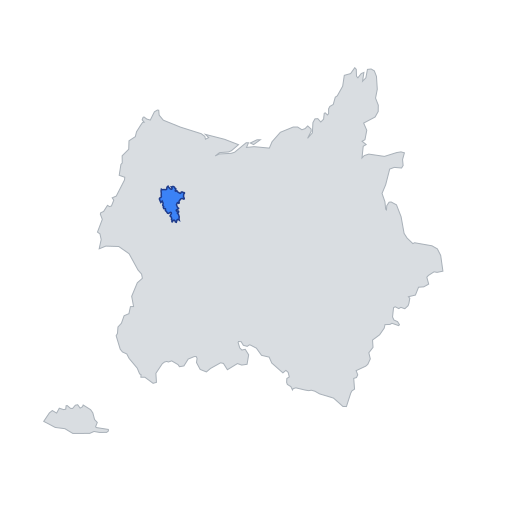 France, with Tarn-et-Garonne highlighted, rotated 98°
{"feature_id": "FRA-5347", "entity_name": "Tarn-et-Garonne", "entity_type": "Metropolitan department", "adm_level": 1, "iso_a3": "FRA", "parent_name": "France", "parent_adm1": "", "projection": "orthographic", "projection_center": [1.243, 44.083], "detail": "fine", "context": "in_parent", "style": "filled", "palette": "blue", "viewbox_px": 512, "rotation_deg": 98, "n_neighbors": 0, "source": "natural_earth", "source_scale": "10m", "svg_char_len": 5979}
<svg xmlns="http://www.w3.org/2000/svg" viewBox="0 0 512 512"><g transform="rotate(98 256 256)"><path d="M383.6,201.2L380.5,203.3L378.8,207.1L376.8,208.1L373.0,208.4L371.1,206.2L366.7,208.0L365.1,210.5L368.0,213.1L359.8,225.5L354.3,228.9L353.6,236.7L347.2,242.8L345.0,249.0L344.9,250.2L346.7,252.1L346.2,256.1L342.9,258.8L343.1,261.4L344.1,261.7L349.3,259.3L351.1,256.9L349.9,253.7L354.9,249.5L364.5,249.8L366.0,255.0L365.1,259.4L372.6,268.5L366.9,273.3L366.7,276.2L373.6,285.3L377.7,289.0L376.1,295.5L369.8,300.1L365.6,300.1L363.9,301.2L364.2,303.2L367.5,308.8L374.9,312.1L376.3,316.4L374.4,318.1L371.6,324.9L373.2,328.1L372.8,329.6L373.7,331.8L375.7,333.8L386.1,338.8L395.0,337.0L396.4,340.2L391.5,349.2L392.1,353.1L389.4,353.4L389.0,354.8L383.6,358.0L375.1,367.4L371.0,370.3L369.6,374.9L367.2,377.5L354.4,383.4L351.9,382.4L345.5,382.8L341.3,379.9L333.5,378.3L330.8,373.8L323.6,373.3L323.1,370.2L313.2,373.5L299.0,369.8L293.9,365.4L289.8,366.8L286.3,370.9L271.4,382.0L265.7,393.2L267.1,406.1L270.7,412.3L261.3,411.6L255.8,413.6L254.4,416.3L241.1,413.3L236.2,416.0L234.8,415.8L233.1,413.1L226.5,410.1L227.5,408.0L226.6,406.1L220.5,404.6L218.4,406.5L216.1,402.7L199.0,396.8L196.3,396.9L195.1,402.7L184.1,402.5L182.5,401.4L175.4,402.5L168.0,396.9L159.6,397.8L154.6,392.1L149.6,391.6L142.7,388.5L139.5,386.9L139.1,385.3L137.0,387.7L134.4,387.1L133.9,386.3L135.6,383.2L136.1,379.6L127.4,376.7L125.2,374.0L125.2,372.6L130.0,371.5L134.4,366.7L138.9,348.7L142.5,327.3L144.7,323.3L147.4,322.3L145.3,319.3L142.6,323.1L144.8,303.4L148.2,288.8L155.2,295.0L156.8,297.7L158.7,306.5L162.6,310.3L160.1,306.7L157.8,294.9L156.2,291.6L145.2,281.5L144.9,279.2L149.8,280.5L148.0,273.1L147.3,257.8L140.6,256.0L130.1,249.1L123.1,237.1L122.5,232.7L124.6,228.1L123.0,225.1L120.0,222.9L122.6,219.1L124.7,218.7L132.3,221.3L126.2,217.3L116.0,218.2L112.0,216.7L111.4,213.9L114.3,210.5L111.1,208.1L105.2,208.3L104.6,207.4L106.4,204.9L105.0,203.9L100.2,204.6L97.6,203.7L95.2,200.6L87.7,199.6L86.1,197.8L75.8,193.8L64.8,193.7L62.2,187.7L55.8,184.4L57.2,182.7L64.0,181.5L65.4,179.9L60.7,177.2L59.2,174.7L68.1,174.8L64.3,172.0L55.7,171.6L54.8,168.0L56.2,164.6L61.4,161.7L74.0,159.1L83.0,159.6L89.6,155.9L95.9,155.1L101.8,157.4L109.4,167.9L116.1,163.8L125.7,164.3L127.6,166.9L130.3,162.4L132.4,165.1L144.2,164.7L141.5,162.8L139.4,158.5L139.5,142.7L134.0,131.1L132.7,126.9L133.2,123.4L140.1,124.3L145.9,122.9L148.6,124.1L149.0,131.4L151.3,135.7L167.3,137.5L176.5,139.9L184.3,135.9L191.6,134.1L192.2,133.2L188.0,133.5L184.2,131.7L183.7,129.7L185.8,124.0L196.9,117.8L213.0,112.5L217.2,108.9L221.9,102.4L220.8,100.8L221.4,83.2L223.7,77.4L229.7,73.2L245.0,68.8L247.0,74.4L246.9,77.5L251.1,82.4L253.2,83.9L259.8,81.1L263.2,85.6L264.3,90.7L272.5,92.7L275.1,99.4L276.5,97.8L281.7,98.0L284.1,98.5L287.5,101.3L286.7,105.4L288.2,107.3L286.9,111.1L288.0,112.6L297.4,112.3L300.2,110.5L301.3,106.7L304.0,104.4L305.1,105.0L303.7,112.0L305.1,113.8L306.0,118.7L309.6,119.0L316.8,122.6L323.0,128.9L330.2,127.4L336.1,130.8L342.0,128.5L347.7,130.2L349.8,132.0L355.6,140.9L359.5,138.7L362.4,139.6L363.6,142.2L374.1,139.9L376.3,142.3L378.6,143.1L392.5,145.5L392.9,149.0L385.9,159.5L383.7,173.8L381.7,178.9L381.2,182.6L382.0,185.0L381.9,188.9L381.0,198.2L382.2,200.8L383.6,201.2ZM452.5,386.2L452.3,392.0L454.8,396.0L457.2,412.7L453.6,421.2L453.7,431.0L449.3,443.2L440.2,438.8L437.4,436.2L439.3,431.6L434.1,429.6L434.9,425.2L434.2,423.1L430.7,423.2L430.4,422.1L432.7,418.5L432.5,416.4L428.9,414.1L428.1,411.9L431.1,409.0L429.4,406.8L427.6,406.4L431.2,398.4L434.0,395.8L440.4,393.1L442.9,390.0L447.4,391.1L448.1,390.3L448.3,378.1L449.8,377.8L451.4,379.3L452.5,386.2ZM146.0,273.9L144.9,277.4L140.8,271.2L140.3,267.9L146.0,273.9Z" fill="#d9dde1" stroke="#a8b0b8" stroke-width="1"/><path d="M233.9,343.8L233.6,344.1L232.5,344.0L231.7,344.8L230.9,344.8L230.4,344.7L229.2,345.5L228.9,345.7L228.5,346.5L228.3,346.7L225.6,345.7L224.8,346.0L224.6,346.7L225.0,347.4L225.6,348.0L226.0,348.5L226.0,349.4L225.5,350.0L224.4,350.9L223.7,352.0L223.4,352.1L222.1,352.1L221.8,352.3L221.7,352.6L221.9,353.5L221.9,353.9L221.6,354.0L221.0,354.5L220.6,354.6L220.4,354.6L220.1,354.4L219.9,354.3L219.6,354.5L219.0,355.3L218.6,355.5L218.3,355.5L217.5,355.3L216.7,355.3L214.6,356.6L215.2,357.1L215.9,357.4L216.3,357.7L213.1,359.6L212.4,359.6L211.7,359.1L211.3,358.5L210.7,358.0L209.9,358.0L209.0,358.4L207.5,358.4L204.7,359.1L203.0,359.0L203.3,358.4L203.4,357.9L203.0,356.5L202.9,355.0L202.7,354.3L202.4,353.8L201.9,353.7L201.2,353.8L200.3,353.7L199.5,353.3L199.1,352.8L199.5,352.6L199.9,352.3L201.4,350.3L201.7,349.6L201.7,349.0L201.4,348.6L200.8,348.5L199.5,349.2L199.3,349.4L199.2,348.9L199.1,348.5L198.9,348.2L198.6,347.9L198.7,347.5L198.8,347.3L199.0,346.7L199.1,346.4L199.3,346.2L200.0,345.9L200.2,345.7L200.3,345.4L200.3,345.2L200.5,344.8L200.9,344.7L201.1,344.7L201.4,344.8L201.9,345.0L202.1,345.1L202.4,345.1L202.7,345.0L202.9,344.9L203.0,344.7L203.0,344.3L202.9,344.1L202.7,343.9L202.4,343.6L202.4,343.4L203.0,343.0L203.4,342.6L204.4,340.3L204.5,340.0L204.5,339.8L204.5,339.5L204.3,339.3L204.1,339.2L203.3,339.0L203.2,338.8L203.0,338.6L202.8,338.2L202.9,337.9L203.1,337.3L203.2,337.1L203.2,336.8L203.2,336.5L203.2,336.3L203.2,336.0L203.3,335.8L203.5,335.6L203.8,335.6L204.1,335.7L204.3,335.9L204.6,336.1L205.2,336.2L207.5,336.0L207.9,335.6L208.9,335.1L209.4,335.0L209.7,335.4L209.7,335.9L209.3,336.9L209.4,337.5L209.7,338.1L210.2,338.6L212.2,339.7L213.2,339.9L213.7,339.5L214.2,339.4L214.6,339.9L214.5,340.2L214.2,340.7L214.0,341.1L214.2,341.3L215.7,341.8L216.4,341.9L218.5,340.7L219.1,340.1L219.5,339.3L220.0,339.6L220.4,339.8L220.7,340.2L221.1,340.9L221.6,341.3L222.2,341.3L222.6,340.9L222.6,340.4L222.2,339.4L222.4,338.9L222.9,338.7L223.6,338.8L223.8,339.0L224.1,339.7L224.4,339.9L224.7,339.7L225.5,338.6L227.9,337.5L230.1,337.4L231.1,337.0L230.8,337.5L230.8,337.9L230.9,338.5L230.8,338.9L231.5,339.3L233.7,339.6L233.5,340.6L232.3,341.2L231.9,342.1L232.2,343.0L233.8,343.5L233.9,343.8Z" fill="#3b82f6" stroke="#1e3a8a" stroke-width="1.5"/></g></svg>